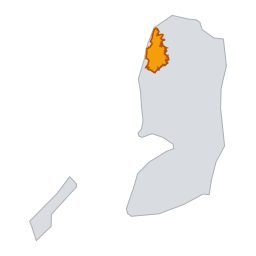 Tulkarm, West Bank, Palestine (highlighted)
{"feature_id": "87354302B17069565895340", "entity_name": "Tulkarm", "entity_type": "district", "adm_level": 2, "iso_a3": "PSE", "parent_name": "Palestine", "parent_adm1": "West Bank", "projection": "robinson", "projection_center": [35.087, 32.327], "detail": "fine", "context": "in_parent", "style": "filled", "palette": "amber", "viewbox_px": 256, "rotation_deg": 0, "n_neighbors": 0, "source": "geoboundaries", "source_scale": "gbopen_adm2", "svg_char_len": 5423}
<svg xmlns="http://www.w3.org/2000/svg" viewBox="0 0 256 256"><path d="M223.4,39.0L226.4,65.7L221.1,88.6L220.6,108.7L224.6,146.0L216.1,161.8L211.3,180.5L209.2,194.6L203.2,194.0L184.2,204.2L159.1,213.8L131.4,216.3L127.5,213.5L126.4,208.6L134.5,184.9L137.6,173.7L149.6,161.7L166.6,151.3L173.8,148.6L173.0,144.1L162.8,137.3L152.2,133.7L142.2,137.3L139.0,136.2L138.0,133.1L141.5,128.8L143.1,120.9L141.6,107.6L140.5,91.3L138.3,78.8L144.6,58.4L146.1,48.7L153.9,27.9L172.2,15.4L188.0,19.0L196.3,19.9L199.9,22.4L202.1,29.6L213.8,37.9L223.4,39.0ZM69.7,176.7L76.4,184.0L76.6,186.7L51.4,214.4L51.1,226.3L36.3,240.6L31.7,226.4L29.6,221.2L56.8,193.8L69.7,176.7Z" fill="#d9dde1" stroke="#a8b0b8" stroke-width="1"/><path d="M162.2,41.5L162.6,40.8L163.1,40.3L163.4,40.2L164.5,40.2L164.6,39.6L164.4,39.4L163.9,39.4L162.7,39.6L162.3,39.5L162.1,39.7L161.6,39.1L161.3,38.8L161.5,38.7L161.4,38.6L161.2,38.7L160.9,38.6L160.8,38.4L161.3,38.1L161.2,37.7L161.8,37.0L162.6,36.5L162.8,35.5L162.5,34.8L162.7,34.7L161.9,34.3L159.5,34.8L158.6,35.3L157.5,34.8L157.4,34.9L157.5,35.2L157.3,35.3L157.0,35.5L157.0,35.0L157.3,34.8L157.5,34.5L157.4,34.1L157.5,33.8L157.8,34.0L158.2,34.0L158.3,33.4L158.1,33.2L158.4,32.7L158.6,32.6L158.6,32.1L158.9,31.3L158.5,30.4L158.2,30.1L157.7,29.9L157.2,29.9L157.2,29.6L157.3,29.7L157.5,29.4L157.4,29.1L157.4,28.9L157.4,28.7L157.0,28.8L156.8,28.8L156.4,28.3L155.9,28.5L155.5,28.3L155.3,28.3L155.0,29.0L154.3,29.4L154.0,29.8L154.0,30.9L153.9,31.1L153.5,31.5L153.4,31.9L153.3,32.0L153.3,32.4L153.2,33.2L152.8,33.8L152.7,34.2L152.8,34.8L152.4,35.1L152.3,35.5L152.3,36.1L152.5,36.2L152.3,37.7L151.7,38.8L151.6,39.2L151.4,39.7L151.3,39.8L151.1,40.0L150.8,40.8L150.4,41.5L150.6,42.0L151.3,42.1L151.6,42.2L152.0,43.8L151.8,44.2L151.9,44.3L151.5,45.1L151.2,45.2L150.9,45.4L150.7,45.5L150.5,46.0L150.6,46.6L150.4,46.9L149.7,47.3L149.0,47.3L148.7,47.2L148.5,48.3L147.5,48.2L146.9,48.7L146.8,52.7L146.8,53.2L146.8,54.1L146.7,54.1L146.7,54.6L146.6,54.1L146.5,54.7L146.1,56.3L146.5,56.5L145.9,58.4L146.0,58.5L146.5,58.7L146.9,58.5L147.5,58.7L147.7,59.0L147.8,59.1L148.0,59.5L148.3,59.6L149.0,61.0L148.8,61.4L148.7,61.9L148.4,62.1L148.1,62.8L148.1,63.9L147.4,65.0L147.5,65.4L147.5,66.1L147.5,66.3L147.2,66.5L146.7,66.1L146.4,66.5L146.2,66.6L146.1,66.8L145.7,67.7L146.0,67.7L146.1,67.3L146.6,67.4L146.8,67.6L147.2,67.6L147.2,67.4L146.7,67.2L147.2,67.3L147.2,67.2L147.4,67.3L147.5,67.1L147.6,67.3L147.8,67.4L147.9,67.2L148.2,67.1L148.6,67.3L148.3,67.7L148.6,67.8L148.3,68.2L148.6,68.1L148.7,68.3L148.5,68.7L148.1,68.6L148.2,68.9L148.1,69.3L148.2,69.5L148.3,69.6L148.8,69.8L149.4,69.8L149.7,69.9L150.1,69.9L150.6,70.3L150.9,70.1L151.0,70.2L151.4,70.4L151.7,70.4L151.6,70.6L151.8,71.0L152.8,71.6L153.1,71.6L153.1,71.8L153.4,72.0L153.6,72.3L154.0,72.1L154.3,72.3L154.8,72.4L154.9,72.7L155.1,72.7L155.2,72.2L155.4,71.8L155.7,71.6L156.1,71.1L156.8,70.5L157.2,70.1L157.7,70.0L157.5,69.5L158.0,69.6L158.1,69.2L158.6,69.5L158.7,69.8L159.2,69.7L159.1,69.3L158.8,69.1L158.8,68.9L158.3,68.7L158.1,67.8L158.5,68.1L158.9,68.2L159.5,68.1L159.7,67.8L159.9,67.8L160.0,67.6L160.4,67.6L160.5,67.3L161.1,67.1L161.0,66.7L160.9,66.4L161.3,66.3L161.7,66.2L162.1,65.6L162.5,65.6L162.6,65.3L162.7,65.5L162.9,65.8L163.7,65.7L163.8,65.6L163.8,65.3L163.6,65.3L163.4,64.9L163.6,64.9L163.8,64.8L164.4,64.7L164.5,64.8L164.5,64.7L164.7,64.8L165.5,65.1L165.6,64.9L166.0,64.5L166.4,64.0L166.3,63.8L166.4,63.7L167.3,63.5L167.4,63.4L167.5,63.2L167.8,62.9L167.7,62.6L167.6,62.2L167.4,62.1L167.1,62.1L167.0,61.9L166.9,61.8L166.7,62.1L167.0,62.4L166.5,62.4L166.3,62.0L166.5,61.8L166.3,61.5L166.2,61.6L166.1,61.4L166.0,61.1L166.3,61.0L166.3,60.8L166.0,60.6L165.8,61.0L165.6,60.7L165.6,60.3L165.9,59.9L165.7,59.7L165.8,59.6L166.1,60.0L166.4,59.7L166.7,59.6L166.8,59.8L167.0,59.7L167.1,59.9L167.3,60.0L167.6,60.2L167.9,60.0L168.2,60.0L168.2,59.9L168.1,59.6L168.4,59.6L168.7,59.6L168.6,59.4L168.6,59.2L167.8,59.3L167.5,59.0L167.8,59.1L168.1,58.9L168.1,58.6L168.3,58.5L168.2,58.3L168.5,58.2L168.4,57.9L168.2,58.0L168.0,57.9L167.9,57.7L168.1,57.6L168.1,57.4L167.9,57.4L167.9,57.2L167.9,56.8L167.8,56.6L167.6,56.5L167.2,56.6L167.4,56.4L167.5,56.3L167.5,56.1L167.8,55.5L167.2,55.5L166.8,55.9L166.7,55.7L166.3,55.5L166.5,55.2L166.3,54.9L165.9,55.0L165.5,54.7L165.0,54.6L164.9,54.5L164.8,54.0L165.0,53.6L164.9,53.5L164.7,53.6L164.5,54.0L164.4,53.9L164.6,53.6L164.5,53.3L165.0,53.2L164.9,52.8L165.0,52.8L165.1,52.6L165.1,52.3L165.3,52.1L165.6,52.1L165.9,52.0L165.9,51.4L165.8,51.2L166.0,51.1L165.7,51.0L165.4,51.1L165.6,51.3L165.4,51.4L165.0,51.4L164.9,51.4L164.7,51.2L164.9,51.1L164.9,50.9L165.2,51.0L165.3,50.9L165.5,51.0L165.6,50.9L166.3,51.0L166.3,50.9L166.2,50.7L166.5,50.4L166.4,50.2L166.2,50.2L165.8,50.1L165.9,49.9L166.2,49.9L166.0,49.4L165.7,49.3L165.8,49.1L165.5,49.1L165.6,48.8L165.5,48.7L165.8,48.7L166.0,48.4L166.3,47.9L166.7,47.8L166.0,47.5L165.7,47.8L164.7,47.3L164.6,47.2L164.8,46.6L163.5,46.3L163.0,45.7L162.9,45.2L162.6,45.1L162.2,45.2L161.9,45.1L161.6,45.2L161.5,45.6L161.3,45.6L161.1,45.5L160.9,45.5L161.0,46.1L160.9,46.0L160.6,46.0L160.2,46.1L160.4,45.5L160.3,45.4L160.7,45.3L160.9,45.2L161.0,45.1L161.0,44.9L161.3,45.1L161.1,44.6L161.4,44.8L161.4,44.7L161.5,44.5L161.7,44.4L162.0,44.4L162.0,44.2L162.3,44.0L162.5,43.9L162.4,43.8L162.1,44.0L161.9,43.9L162.0,43.8L162.0,43.6L161.8,43.5L161.8,43.2L161.7,43.0L161.3,42.7L161.3,42.3L161.1,42.3L161.1,42.1L161.3,41.8L161.6,42.0L161.5,41.8L161.9,41.6L162.2,41.5Z" fill="#f59e0b" stroke="#b45309" stroke-width="1.5"/></svg>